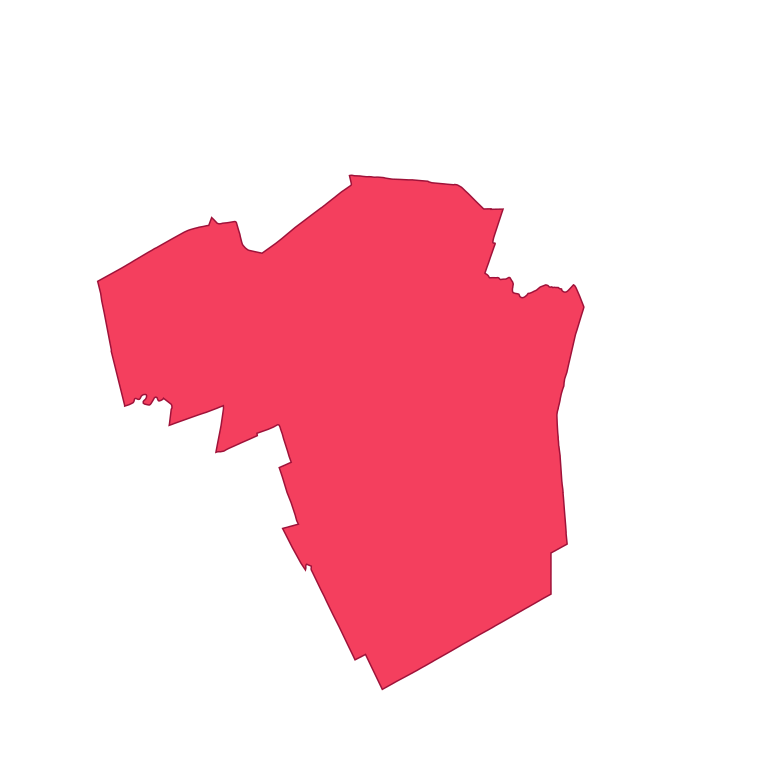 Iepuresti, Giurgiu, Romania, rotated 318°
{"feature_id": "2599482B53463845367908", "entity_name": "Iepuresti", "entity_type": "district", "adm_level": 2, "iso_a3": "ROU", "parent_name": "Romania", "parent_adm1": "Giurgiu", "projection": "robinson", "projection_center": [25.884, 44.251], "detail": "fine", "context": "isolated", "style": "filled", "palette": "rose", "viewbox_px": 768, "rotation_deg": 318, "n_neighbors": 0, "source": "geoboundaries", "source_scale": "gbopen_adm2", "svg_char_len": 6147}
<svg xmlns="http://www.w3.org/2000/svg" viewBox="0 0 768 768"><g transform="rotate(318 384 384)"><path d="M359.5,650.0L367.5,651.9L375.9,642.5L387.0,630.2L395.0,621.3L413.0,625.5L419.3,616.9L420.0,616.2L424.3,610.7L432.0,600.6L434.3,597.6L441.4,588.4L442.5,586.9L444.1,584.8L444.3,584.4L444.6,584.4L445.0,583.7L445.9,582.6L447.1,580.9L449.7,577.1L450.0,576.8L450.4,576.2L451.1,575.2L454.4,571.0L465.9,556.3L466.9,555.1L470.4,550.0L472.3,547.3L472.4,546.9L473.8,545.2L475.4,543.2L476.5,541.6L477.9,540.0L480.7,536.2L485.9,529.7L487.9,527.3L489.4,525.5L491.4,523.1L492.3,522.2L494.5,520.4L496.2,519.3L496.8,519.0L498.0,518.0L500.7,516.2L503.8,514.0L505.1,512.9L508.0,510.8L509.4,509.8L511.2,508.7L512.8,507.7L515.0,506.5L516.2,505.9L517.6,504.6L518.1,504.1L518.7,503.5L519.9,502.6L520.2,502.3L520.7,501.9L521.5,501.2L522.0,500.9L523.0,500.3L523.4,500.1L524.8,499.3L527.7,497.7L530.9,495.4L533.7,493.4L548.4,483.1L556.5,477.4L559.5,475.3L563.5,473.0L576.4,465.2L581.0,462.5L582.6,461.5L583.9,460.7L584.1,460.4L584.4,459.7L588.3,449.3L591.1,440.9L591.5,438.8L591.3,437.7L591.3,437.2L591.1,437.1L584.6,437.7L582.3,437.8L581.1,437.5L579.9,436.9L579.4,436.1L578.9,434.8L578.8,433.7L578.9,433.0L579.4,432.6L579.5,432.2L579.3,431.9L578.5,431.0L578.2,430.1L578.1,429.0L577.7,428.6L577.2,428.1L576.1,427.1L575.3,426.1L574.7,425.7L574.0,425.3L573.9,425.0L573.7,424.1L572.4,423.3L572.0,422.8L571.7,422.0L571.8,421.2L571.7,420.5L571.3,419.7L570.7,418.8L570.4,418.5L568.8,417.9L565.1,416.5L564.1,416.4L560.0,416.3L557.3,415.4L555.6,415.0L553.0,414.1L552.4,413.6L552.0,413.3L551.6,413.1L550.0,413.5L548.0,413.5L546.6,413.4L545.5,413.0L544.7,412.6L543.9,411.6L543.6,410.6L543.5,409.8L543.9,408.9L544.2,407.9L544.3,407.5L544.0,406.9L543.4,406.0L542.1,404.4L541.6,403.5L541.1,402.5L541.4,401.5L541.5,401.1L542.4,400.0L543.4,399.0L544.4,398.3L545.4,397.4L546.7,396.4L547.1,395.9L547.9,394.1L548.1,392.3L548.4,391.1L548.5,390.4L548.6,390.0L548.7,389.6L548.7,389.2L548.4,388.7L548.1,388.4L547.5,388.2L546.3,388.0L544.7,387.5L544.4,387.3L543.3,386.3L541.5,385.0L540.7,384.5L540.5,384.3L540.3,383.9L540.2,383.3L540.3,382.1L540.1,381.6L539.7,381.0L539.0,380.5L538.3,380.0L537.4,379.1L535.8,377.6L533.5,375.7L533.5,375.3L533.6,374.9L533.9,373.6L533.9,372.6L533.8,371.6L533.1,369.3L533.2,369.1L533.4,369.0L539.2,365.8L542.8,363.9L547.9,361.0L552.7,358.4L557.6,355.7L559.9,354.5L560.5,354.1L560.7,353.8L560.7,353.6L560.4,353.2L560.0,352.9L559.7,352.5L559.5,352.0L559.7,351.6L560.0,351.2L561.5,350.0L563.5,348.6L567.1,346.5L582.1,337.9L585.4,336.0L589.5,333.7L580.3,325.7L580.7,325.4L575.5,320.9L575.3,320.7L575.2,320.3L574.6,311.3L574.4,307.3L574.0,299.0L573.6,294.7L573.4,291.2L573.2,289.5L572.5,287.4L572.0,285.9L571.5,284.8L570.0,283.0L569.2,282.7L567.9,281.3L564.7,277.9L563.0,276.0L554.6,266.9L554.1,266.3L552.9,264.3L552.4,263.4L552.3,262.7L552.0,262.4L542.4,252.1L541.9,251.5L538.8,248.7L536.6,246.5L533.0,242.9L527.2,237.3L524.1,233.5L522.8,231.9L521.9,230.5L521.3,229.8L517.9,226.2L517.6,225.9L515.3,224.0L514.9,223.6L513.5,221.9L513.0,221.3L511.9,220.2L509.7,218.3L506.9,215.2L505.5,213.5L501.4,209.5L499.8,207.4L498.7,206.5L497.8,206.0L494.1,212.7L493.5,213.6L493.2,213.9L492.9,214.1L492.5,214.2L491.8,214.2L487.1,213.6L481.0,212.8L455.6,211.2L455.3,211.1L454.8,211.0L442.5,209.9L434.0,209.2L422.6,208.2L416.7,208.0L411.7,207.8L405.7,207.6L397.8,207.1L380.9,205.2L379.9,203.8L377.2,200.1L373.0,194.2L372.5,193.0L372.0,190.2L372.0,188.5L372.0,187.3L372.1,186.1L372.3,185.3L372.7,184.4L373.2,183.3L375.8,178.4L377.1,176.2L378.9,172.3L382.3,165.3L382.4,164.9L382.3,164.4L382.2,163.9L381.7,163.3L380.6,162.6L376.8,160.2L375.0,159.0L373.0,157.5L372.0,156.8L371.3,156.3L370.7,156.1L369.9,155.6L369.1,155.1L368.6,154.5L368.2,154.1L368.0,153.7L367.8,153.3L367.6,152.9L367.6,151.6L367.5,148.1L367.3,145.0L361.2,148.2L359.9,148.9L358.1,147.7L355.1,146.0L351.4,143.7L350.5,143.3L347.7,141.8L343.4,139.7L341.8,139.0L340.4,138.5L337.2,137.5L324.3,134.5L307.2,130.7L306.9,130.7L303.9,129.8L301.0,129.3L297.1,128.4L281.2,125.2L276.3,124.3L272.1,123.4L271.1,123.3L270.9,123.2L266.6,122.3L260.1,120.8L246.4,117.6L239.9,116.1L239.6,116.7L234.0,127.2L229.9,133.3L223.7,143.9L213.0,161.6L208.4,169.2L204.1,176.4L203.3,177.0L177.0,226.3L176.5,226.9L180.7,228.8L183.4,229.6L185.1,230.0L186.3,229.7L187.6,228.9L188.4,228.3L188.9,228.2L189.4,228.3L190.1,228.9L190.6,230.2L191.2,231.1L192.1,231.7L193.6,231.4L195.4,230.6L197.0,230.6L198.4,231.1L199.7,232.1L200.1,232.9L199.7,234.0L198.3,235.1L196.7,235.7L194.5,235.7L193.4,235.9L192.3,237.1L192.6,238.6L193.6,240.1L194.9,241.9L195.6,242.6L196.6,242.8L197.9,242.6L202.3,241.3L203.7,240.7L204.7,240.7L205.4,240.9L205.9,241.4L206.2,242.3L205.7,243.5L205.3,244.7L205.2,245.6L205.8,246.3L207.2,246.9L209.4,247.4L210.6,247.0L212.3,256.5L212.0,257.9L210.8,259.5L209.9,260.2L209.1,260.3L198.1,269.9L196.7,271.0L197.9,271.5L199.6,272.2L201.7,273.0L206.6,275.0L211.7,277.1L216.1,278.9L218.3,279.8L226.0,283.0L229.9,284.7L233.2,286.2L239.7,288.7L244.6,290.6L244.8,290.6L250.1,292.6L249.7,293.1L248.8,294.3L247.8,295.3L235.3,305.7L231.1,308.9L223.1,314.9L219.0,318.0L214.8,321.2L213.4,322.3L214.6,322.8L216.1,323.9L217.1,324.9L220.1,326.7L221.0,326.9L223.0,327.3L225.6,328.0L229.0,329.1L231.1,329.8L237.8,331.9L246.8,334.9L255.3,337.6L256.6,335.6L260.9,337.4L267.7,340.2L273.0,342.0L277.8,343.1L278.3,343.8L278.5,344.6L277.8,346.7L276.9,348.5L274.9,353.3L272.8,357.4L267.4,369.4L265.0,374.4L262.7,380.1L250.2,376.0L246.3,385.0L239.4,399.7L235.5,410.2L230.2,422.2L229.0,424.5L227.7,427.1L226.6,430.9L212.0,423.5L206.4,444.4L202.4,461.5L201.2,469.6L202.9,468.4L204.1,466.8L205.1,466.3L205.8,466.1L206.1,466.4L206.6,467.6L208.1,470.7L207.1,471.8L206.1,472.6L205.7,473.3L205.5,473.7L204.9,475.9L199.4,494.8L199.3,495.1L197.4,502.2L196.1,506.3L191.8,521.2L188.8,532.3L188.6,532.9L188.6,533.1L182.3,554.5L179.2,565.3L177.9,569.6L189.3,572.6L178.4,609.8L194.3,613.4L216.8,618.9L220.7,619.7L229.5,621.7L235.1,622.9L235.3,622.9L251.0,626.4L269.5,630.3L276.5,631.9L281.6,633.0L287.7,634.3L294.6,635.9L296.1,636.3L304.1,638.0L304.3,638.0L317.3,640.9L337.5,645.2L343.6,646.6L355.8,649.2L359.5,650.0Z" fill="#f43f5e" stroke="#9f1239" stroke-width="1.5"/></g></svg>